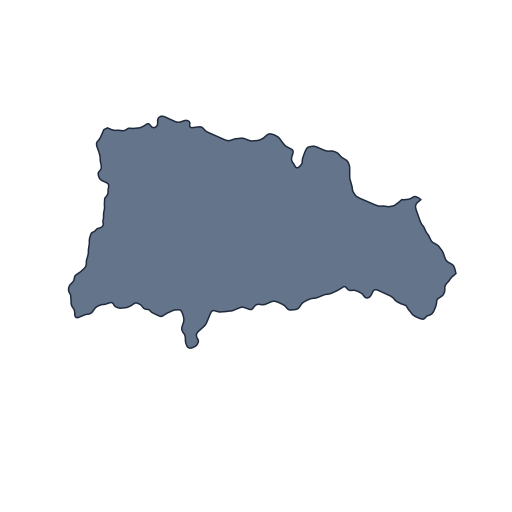 Jarabacoa, La Vega, Dominican Republic (Natural Earth projection), rotated 203°
{"feature_id": "3306468B89107795210133", "entity_name": "Jarabacoa", "entity_type": "district", "adm_level": 2, "iso_a3": "DOM", "parent_name": "Dominican Republic", "parent_adm1": "La Vega", "projection": "natural_earth1", "projection_center": [-70.715, 19.099], "detail": "fine", "context": "isolated", "style": "filled", "palette": "slate", "viewbox_px": 512, "rotation_deg": 203, "n_neighbors": 0, "source": "geoboundaries", "source_scale": "gbopen_adm2", "svg_char_len": 6119}
<svg xmlns="http://www.w3.org/2000/svg" viewBox="0 0 512 512"><g transform="rotate(203 256 256)"><path d="M143.8,364.9L145.4,361.6L147.9,357.3L149.0,355.9L152.3,353.7L153.4,353.1L158.2,351.8L161.4,350.3L163.4,349.8L166.2,349.6L182.7,349.7L186.2,350.0L187.5,350.4L188.6,350.9L191.5,352.9L192.7,354.1L194.7,357.4L199.8,363.8L200.5,365.1L204.4,374.2L205.6,376.0L207.5,378.0L208.6,378.8L209.9,379.4L216.0,380.4L220.5,382.5L222.5,382.8L225.3,382.7L227.3,382.3L230.5,380.7L232.5,380.2L235.3,380.0L242.5,380.1L245.3,379.8L247.1,379.0L250.3,376.8L251.0,375.8L251.4,374.5L251.6,372.3L251.6,370.0L251.3,364.6L250.9,362.5L249.9,359.7L249.9,358.6L250.2,357.5L250.9,355.4L251.7,353.9L252.5,353.3L253.6,353.1L254.7,353.6L257.1,355.4L259.2,356.7L260.1,357.5L260.9,358.5L261.7,360.4L262.1,364.7L262.4,366.0L263.0,367.2L263.5,367.6L264.0,367.9L265.2,368.2L270.5,368.6L272.5,369.0L277.8,371.9L280.4,373.5L282.2,374.2L285.7,374.6L289.1,374.4L291.1,373.8L292.5,372.7L293.5,371.1L294.6,368.7L295.6,367.0L297.4,364.8L299.5,363.0L304.3,360.5L305.5,360.0L307.5,359.7L313.0,359.5L315.0,359.0L320.3,356.1L321.4,355.4L325.0,352.2L326.1,351.5L327.4,351.1L329.5,350.8L331.6,350.8L348.8,351.1L351.6,351.5L354.7,353.0L356.4,353.4L358.2,353.0L364.7,349.3L365.7,348.9L366.2,348.9L367.2,349.1L367.9,349.8L368.7,352.1L369.2,353.0L370.1,353.7L371.8,353.9L372.9,353.7L374.1,353.2L375.1,352.4L378.1,349.7L379.3,349.0L380.5,348.5L382.4,348.2L384.3,348.2L394.1,348.5L395.4,348.4L396.7,348.1L397.4,347.9L398.4,347.2L399.1,346.2L399.7,345.1L399.8,343.7L399.6,342.5L398.4,339.9L398.1,338.7L398.0,338.0L398.2,336.7L398.4,336.1L399.1,335.1L400.0,334.3L401.1,334.0L402.3,334.0L403.3,334.4L405.5,335.6L406.6,335.7L407.1,335.6L407.9,335.0L409.5,332.6L410.7,331.0L412.2,329.4L413.2,328.5L419.1,325.3L421.9,324.4L422.9,324.0L423.7,323.3L425.3,321.0L426.2,320.1L427.1,319.5L428.3,319.0L431.8,318.0L434.5,316.7L435.6,316.3L438.2,315.9L442.8,315.9L445.4,312.9L445.5,304.7L445.9,302.0L446.9,298.7L446.8,297.5L446.6,296.9L446.0,295.7L445.2,294.6L440.9,289.9L439.1,287.6L437.9,285.8L436.5,282.7L433.4,278.1L432.9,276.8L432.7,275.5L432.8,274.3L433.5,272.3L433.7,271.2L433.4,270.0L432.4,268.3L431.0,266.8L429.3,265.7L427.4,265.2L422.9,265.1L421.2,264.9L420.1,264.5L419.3,263.6L418.8,262.5L418.1,259.4L417.0,256.5L416.7,255.3L416.8,253.3L417.6,250.7L417.7,250.2L417.5,249.1L415.8,244.4L414.1,240.9L412.9,235.5L411.4,231.9L410.3,227.6L409.2,226.0L408.8,225.1L408.8,223.9L408.9,223.3L409.4,222.3L410.5,221.0L412.6,219.4L413.2,218.4L414.1,215.8L414.7,215.0L416.0,213.6L416.5,212.6L416.5,212.1L416.3,208.4L415.9,206.4L415.5,205.1L414.2,202.2L412.9,196.8L411.5,193.2L411.0,191.1L410.3,185.5L409.0,182.0L408.7,180.0L409.0,178.1L411.4,172.8L414.0,168.9L414.8,167.2L414.9,166.1L414.3,163.5L414.2,162.2L414.5,160.4L415.7,157.5L416.0,156.2L416.1,154.8L416.0,153.4L415.3,151.5L414.3,150.0L412.1,148.3L411.3,147.4L409.0,143.1L407.7,140.1L406.6,138.6L405.3,137.4L403.2,136.1L401.9,134.9L400.9,133.4L399.9,131.1L398.9,129.8L398.0,129.2L396.9,129.2L396.3,129.4L395.4,130.1L390.4,135.2L389.3,136.0L387.2,137.2L385.9,138.4L385.2,139.5L384.7,140.7L383.9,144.6L383.4,145.9L382.7,147.2L381.4,148.8L379.4,150.7L376.0,152.6L372.5,155.7L371.5,156.4L370.4,156.7L369.4,156.6L368.6,156.2L367.2,155.0L365.6,154.5L363.1,154.4L361.8,154.6L360.6,154.9L355.2,157.8L354.2,158.6L351.8,161.2L349.1,165.3L348.1,165.9L346.9,166.2L345.1,166.2L343.2,166.0L342.0,165.6L339.5,164.2L338.4,163.9L336.7,163.9L334.8,164.5L333.8,164.7L332.9,164.5L330.3,163.5L329.1,163.3L325.9,163.1L320.5,163.0L319.6,163.4L318.7,164.0L316.7,167.0L315.1,169.1L311.3,173.2L310.3,174.1L309.2,174.8L305.7,176.5L304.6,176.6L303.5,176.3L302.1,175.2L300.2,173.2L298.5,171.0L297.5,169.2L296.9,167.2L296.5,162.2L296.2,160.9L295.7,159.6L295.0,158.6L293.7,157.4L291.6,156.2L290.3,155.0L289.3,153.5L288.2,151.1L287.6,149.8L286.3,148.1L284.9,146.6L283.9,145.7L282.7,145.3L281.4,145.2L280.8,145.4L279.6,146.0L278.5,146.9L276.7,149.0L275.7,150.9L275.5,152.3L275.5,154.3L275.9,155.5L276.6,156.4L278.3,157.6L279.4,158.9L280.0,160.0L280.2,160.6L280.2,162.0L279.7,163.8L276.2,171.3L275.8,172.6L275.5,174.1L275.4,176.4L275.5,184.0L275.4,186.2L275.2,187.5L274.6,188.6L273.6,189.3L272.5,189.5L269.5,189.8L267.7,190.2L261.8,193.2L259.2,194.8L257.0,195.9L256.0,196.7L250.7,202.1L249.7,202.9L248.6,203.6L246.7,204.0L241.1,204.3L239.5,204.8L239.1,205.2L238.5,206.2L237.6,209.7L237.0,210.8L236.2,211.7L234.7,212.6L231.1,213.6L229.4,214.5L227.9,215.8L224.2,219.7L223.2,220.6L222.0,221.3L220.8,221.7L218.9,222.0L215.6,222.0L212.3,221.8L209.8,221.3L206.7,219.8L205.6,219.4L204.4,219.4L203.2,219.7L198.6,222.2L197.6,223.0L196.5,224.5L196.1,225.7L195.3,229.7L194.8,231.0L193.7,232.8L192.0,234.9L190.1,236.9L188.6,238.3L187.5,239.0L185.3,240.2L183.7,241.3L177.9,247.1L176.9,247.8L174.1,249.4L172.5,250.7L168.1,255.4L165.5,258.8L163.5,261.8L163.1,262.2L162.2,262.5L161.1,262.4L158.3,261.1L156.6,260.9L155.5,261.2L153.0,262.5L151.8,262.9L149.2,263.2L146.6,263.1L144.6,262.9L143.4,262.6L139.8,260.7L138.6,260.5L137.4,260.7L136.9,261.0L136.0,261.8L135.1,263.4L134.7,265.4L134.5,269.3L134.1,270.5L133.8,271.0L133.3,271.4L132.2,271.9L131.0,272.1L129.0,272.1L116.3,271.7L113.6,271.1L110.4,269.5L108.4,269.0L104.2,268.7L98.6,269.0L94.6,266.2L92.3,265.1L89.8,263.6L88.6,263.1L87.2,262.8L85.2,262.5L80.4,262.5L78.5,262.8L77.4,263.2L76.9,263.6L76.3,264.6L75.6,266.6L75.1,267.6L73.2,269.3L72.0,270.7L71.4,271.8L71.0,273.2L70.8,274.8L70.8,279.4L71.1,281.7L71.4,283.1L72.1,285.3L72.2,286.4L72.1,287.0L71.6,288.1L69.1,292.0L68.6,293.3L68.4,294.7L68.4,296.1L68.6,297.4L69.0,298.7L69.9,300.9L70.2,302.1L70.2,303.5L69.8,305.3L68.7,308.2L68.0,311.6L67.6,312.9L65.1,318.0L67.8,321.7L69.1,323.1L70.5,324.3L72.3,324.9L77.3,325.5L79.1,326.2L80.7,327.4L84.9,332.0L86.4,333.3L91.7,336.4L93.5,337.0L98.6,337.6L100.3,338.2L101.8,339.4L105.1,342.3L107.8,343.9L108.8,344.6L113.0,348.4L115.8,349.9L117.2,351.0L119.5,353.3L126.3,360.7L127.5,362.2L128.5,363.8L128.9,365.6L128.7,367.2L128.3,368.4L127.1,370.6L126.3,372.2L128.0,372.8L129.9,373.1L131.7,373.1L132.8,372.9L133.8,372.3L134.2,371.9L135.8,369.6L137.5,368.0L142.1,365.4L143.8,364.9Z" fill="#64748b" stroke="#1e293b" stroke-width="1.5"/></g></svg>